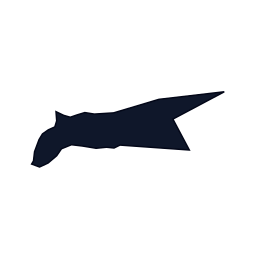 SVG path tracing the border of Buikwe, rotated 242°
{"feature_id": "UGA-5597", "entity_name": "Buikwe", "entity_type": "District", "adm_level": 1, "iso_a3": "UGA", "parent_name": "Uganda", "parent_adm1": "", "projection": "equal_earth", "projection_center": [33.033, 0.062], "detail": "fine", "context": "isolated", "style": "filled", "palette": "ink", "viewbox_px": 256, "rotation_deg": 242, "n_neighbors": 0, "source": "natural_earth", "source_scale": "10m", "svg_char_len": 521}
<svg xmlns="http://www.w3.org/2000/svg" viewBox="0 0 256 256"><g transform="rotate(242 128 128)"><path d="M141.4,26.0L143.3,29.1L151.0,34.4L159.5,44.0L162.9,49.7L163.8,56.9L163.3,63.9L167.8,68.4L176.2,72.1L169.3,77.2L164.6,82.1L163.5,89.0L161.9,97.1L156.1,104.8L148.1,122.4L138.8,168.7L114.8,230.0L114.8,171.8L79.8,171.8L104.1,133.0L116.7,112.9L116.9,106.3L121.1,100.0L125.1,90.3L133.5,79.3L139.8,70.2L140.9,59.5L137.0,52.0L134.6,41.0L135.1,31.6L141.4,26.0Z" fill="#0f172a" stroke="#020617" stroke-width="1.5"/></g></svg>